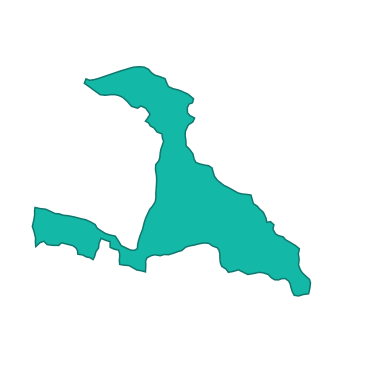 São José de Ribamar, Maranhão, Brazil (Robinson projection), rotated 289°
{"feature_id": "56859067B58306550614975", "entity_name": "São José de Ribamar", "entity_type": "district", "adm_level": 2, "iso_a3": "BRA", "parent_name": "Brazil", "parent_adm1": "Maranhão", "projection": "robinson", "projection_center": [-44.138, -2.581], "detail": "fine", "context": "isolated", "style": "filled", "palette": "teal", "viewbox_px": 384, "rotation_deg": 289, "n_neighbors": 0, "source": "geoboundaries", "source_scale": "gbopen_adm2", "svg_char_len": 3015}
<svg xmlns="http://www.w3.org/2000/svg" viewBox="0 0 384 384"><g transform="rotate(289 192 192)"><path d="M126.3,48.6L123.2,49.2L119.0,50.7L115.2,51.4L111.4,51.8L107.3,52.3L103.4,55.4L97.7,59.0L93.4,60.3L89.5,62.1L94.4,64.6L97.2,67.9L95.1,72.2L96.3,78.0L98.1,83.4L101.5,85.1L102.5,96.7L101.5,100.2L99.5,102.7L96.0,104.3L96.9,109.0L96.2,113.2L96.7,116.7L95.9,120.5L99.5,120.9L104.3,120.6L108.6,121.9L113.1,120.8L118.5,121.1L118.2,126.1L118.4,130.7L113.0,132.6L112.6,136.9L113.1,141.6L109.9,143.8L106.8,144.8L103.5,145.6L100.0,147.2L100.5,150.7L101.9,156.4L100.3,165.2L101.0,169.6L101.3,174.0L107.6,172.2L111.7,170.6L115.2,170.9L118.7,174.3L120.6,177.5L121.4,182.7L123.8,185.9L125.1,190.3L128.9,195.5L131.4,198.5L133.3,201.4L137.7,203.9L140.2,207.2L142.3,211.0L144.9,214.9L147.7,219.8L148.9,224.4L147.6,229.3L147.6,234.0L145.6,236.6L142.5,238.5L138.9,239.8L134.7,241.6L131.4,244.3L130.1,249.5L127.9,252.5L130.3,256.8L133.5,261.2L132.2,271.6L135.2,277.2L137.8,281.4L138.8,285.7L138.8,291.1L136.8,294.8L135.9,298.7L137.1,302.5L139.3,305.1L140.5,308.4L139.3,312.4L137.1,314.7L134.2,316.5L130.4,319.3L127.6,322.3L128.4,326.6L131.5,330.9L133.7,335.4L139.7,334.7L144.7,333.6L147.6,331.5L149.6,326.8L151.4,322.8L153.4,320.1L157.6,316.5L163.4,315.2L168.0,312.7L173.3,312.0L175.1,307.1L176.3,301.5L177.3,296.1L179.3,292.7L178.9,288.1L179.6,284.7L183.2,280.6L187.7,280.1L189.5,275.9L187.7,272.6L191.5,270.4L196.0,266.1L198.1,261.2L199.9,258.2L201.0,253.8L205.5,250.7L208.3,248.8L207.7,245.1L206.5,240.4L206.1,235.7L207.0,230.9L207.9,225.8L208.7,219.8L211.3,212.3L214.0,208.3L217.1,205.9L221.2,203.2L222.3,199.2L221.6,195.4L221.1,190.4L221.2,186.1L223.7,183.3L228.3,180.5L231.6,175.8L233.7,171.4L239.0,169.3L243.0,167.2L247.1,166.0L251.0,166.3L254.3,166.7L258.6,170.0L262.8,170.4L263.5,165.4L265.3,162.0L270.1,160.1L274.1,160.5L276.5,163.4L280.6,163.1L283.1,156.9L283.9,149.4L284.0,145.7L283.5,140.5L284.0,135.4L286.6,132.8L290.4,129.6L290.6,124.0L290.4,118.8L291.6,114.7L293.9,110.9L294.5,106.1L293.3,101.4L291.1,96.3L289.3,93.5L286.6,89.8L283.5,85.4L275.6,75.2L268.6,66.2L266.0,62.2L264.3,58.7L264.5,55.0L259.7,54.8L258.4,59.5L254.1,73.3L255.2,78.5L257.5,83.2L259.0,87.5L259.4,91.5L258.9,95.9L256.5,101.4L253.3,106.9L253.5,113.2L256.7,115.7L256.2,120.9L253.9,124.2L251.7,127.0L247.1,126.0L243.8,124.9L243.3,128.3L240.9,131.1L240.2,135.2L237.4,139.3L237.1,144.8L233.6,146.3L230.6,148.7L221.9,148.7L217.8,149.4L214.1,150.4L210.6,150.4L206.1,148.8L201.2,150.2L198.4,151.7L195.6,153.2L191.5,154.8L184.1,156.9L179.1,158.2L175.4,159.6L170.9,160.4L165.9,159.3L161.8,157.7L157.3,157.2L151.9,156.7L147.2,156.8L144.0,157.1L140.6,157.4L137.5,157.3L133.3,157.1L128.9,157.3L124.7,157.7L120.7,158.8L118.0,156.4L117.1,152.6L117.6,148.1L118.3,142.4L121.8,138.4L125.3,133.8L124.7,128.5L124.5,124.0L125.6,119.2L126.9,114.1L129.7,111.1L130.7,105.8L131.2,100.4L130.7,97.0L130.4,92.8L130.1,88.9L129.2,82.3L128.1,77.8L128.1,73.5L127.0,69.4L127.6,64.6L128.1,59.3L126.8,53.5L126.3,48.6Z" fill="#14b8a6" stroke="#0f766e" stroke-width="1.5"/></g></svg>